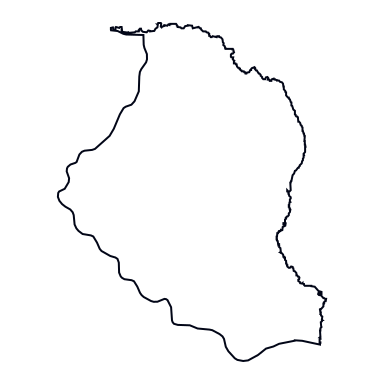 the district of Cabrera, María Trinidad Sánchez, Dominican Republic
{"feature_id": "3306468B70752003572919", "entity_name": "Cabrera", "entity_type": "district", "adm_level": 2, "iso_a3": "DOM", "parent_name": "Dominican Republic", "parent_adm1": "María Trinidad Sánchez", "projection": "robinson", "projection_center": [-69.932, 19.577], "detail": "fine", "context": "isolated", "style": "outline", "palette": "ink", "viewbox_px": 384, "rotation_deg": 0, "n_neighbors": 0, "source": "geoboundaries", "source_scale": "gbopen_adm2", "svg_char_len": 5884}
<svg xmlns="http://www.w3.org/2000/svg" viewBox="0 0 384 384"><path d="M302.2,340.8L320.0,344.6L320.0,342.8L320.4,342.8L320.4,342.4L319.6,342.4L319.6,339.3L320.4,338.9L320.0,338.4L320.4,338.0L320.4,337.1L320.0,337.1L320.4,336.7L320.0,330.5L320.4,330.5L320.4,328.3L321.5,327.0L321.2,326.6L320.8,322.2L321.9,321.3L321.9,320.0L322.3,320.0L321.9,319.6L322.3,316.5L321.1,315.6L320.8,313.9L320.4,313.9L320.8,312.5L320.4,312.5L320.0,309.9L320.4,309.9L320.4,309.0L321.1,309.0L323.4,306.4L323.4,303.8L323.8,303.8L323.8,302.9L324.2,302.9L324.2,302.0L325.0,301.1L325.7,301.1L326.1,298.9L325.0,298.9L324.2,298.1L323.4,298.1L321.1,295.4L318.9,295.0L318.1,294.1L318.5,292.8L319.2,292.4L320.0,293.2L321.5,293.7L321.5,291.9L318.5,291.0L314.7,286.7L311.3,286.2L311.3,285.8L304.8,285.8L304.0,284.9L304.0,284.0L302.5,283.6L302.5,283.2L302.1,283.6L300.2,283.2L300.2,282.3L298.3,281.0L298.3,279.6L299.1,279.2L299.4,277.5L298.7,276.6L297.9,276.6L297.2,275.3L296.4,275.3L296.4,273.1L294.9,271.3L293.7,270.9L293.3,268.2L292.6,267.8L292.6,266.9L291.1,266.5L289.9,267.8L288.8,267.8L287.3,266.5L287.3,265.2L286.9,265.2L286.5,263.4L286.1,263.4L286.1,260.8L285.0,259.9L285.0,257.7L284.2,257.7L284.2,256.8L283.4,256.8L283.1,254.6L281.5,252.9L280.8,252.9L280.8,252.0L280.4,252.0L280.8,251.6L280.4,248.1L279.2,247.2L279.2,245.4L278.5,245.4L278.9,244.1L278.1,244.1L277.7,241.0L277.0,240.6L277.0,239.3L276.6,239.3L276.6,236.7L277.0,236.7L277.3,233.1L278.1,233.1L278.5,231.8L279.2,231.8L279.2,231.0L280.4,231.0L280.8,230.1L281.2,230.5L282.3,230.1L282.7,227.0L285.3,225.7L285.7,223.1L285.0,222.6L283.8,224.4L283.4,224.4L283.4,223.1L284.2,223.1L285.0,222.2L285.0,219.6L285.7,219.1L285.7,218.2L286.1,218.2L286.1,217.4L286.9,216.5L287.6,216.5L288.8,215.2L288.8,213.4L289.9,212.1L290.3,209.9L289.9,209.9L289.9,208.6L289.5,208.6L289.2,206.8L288.8,206.8L288.8,205.1L289.2,205.1L289.5,202.4L290.3,202.0L289.9,201.6L289.9,199.4L290.7,198.5L290.7,197.2L289.2,195.9L288.8,193.7L288.4,193.7L288.4,191.9L287.2,191.5L287.2,190.2L288.4,191.5L289.5,191.5L290.7,190.2L290.3,182.7L290.7,182.7L291.1,181.0L291.4,181.0L292.6,175.2L294.1,173.5L294.9,170.9L296.0,170.4L297.9,167.8L298.7,167.8L299.1,166.5L299.8,166.0L299.8,165.2L301.7,163.4L302.1,161.2L302.9,160.3L302.9,158.6L303.6,157.7L303.6,155.1L304.0,155.1L303.6,153.8L305.1,152.0L305.1,146.7L305.5,146.7L305.1,144.5L304.8,144.5L304.8,141.0L304.4,141.0L304.8,136.2L304.4,136.2L304.0,133.6L303.6,133.6L302.9,130.9L302.5,130.9L302.5,127.4L301.7,126.6L301.7,125.7L300.6,124.8L300.2,123.0L299.1,121.7L298.3,121.7L297.9,117.3L297.2,116.5L296.4,116.5L295.6,115.6L295.6,114.7L294.9,114.3L294.9,110.8L293.3,109.5L292.2,105.9L291.4,105.5L291.4,102.4L290.7,102.0L289.9,99.4L289.1,98.9L288.8,97.6L288.0,97.6L286.1,95.4L286.1,92.3L285.3,91.9L285.3,91.0L283.8,89.3L283.8,86.6L283.4,86.6L283.0,83.6L281.9,82.3L280.0,81.8L278.9,80.5L277.0,80.5L277.0,80.1L274.7,79.6L274.7,79.2L273.5,79.2L273.5,78.7L272.0,79.2L271.3,80.1L271.3,80.9L269.7,80.9L269.3,79.6L267.8,79.6L268.2,77.9L267.4,77.0L265.9,77.4L265.2,79.2L263.3,79.2L262.1,77.9L262.1,77.0L260.6,75.7L260.6,74.8L259.4,73.5L258.7,73.5L256.8,70.4L256.0,70.4L255.3,69.5L255.3,68.7L254.9,68.7L254.9,67.8L254.1,67.8L254.1,67.3L251.8,68.2L251.1,69.1L251.1,70.0L250.3,70.0L249.2,72.2L246.9,72.6L246.5,73.5L245.4,73.5L245.0,72.2L244.2,72.2L243.8,71.3L241.9,71.3L241.5,70.4L240.8,70.4L240.0,69.5L240.0,68.7L239.3,68.7L238.9,67.8L238.1,67.8L237.0,66.5L236.6,64.3L235.8,64.3L235.5,63.4L233.9,63.4L233.9,61.2L234.3,60.8L232.8,59.4L233.2,57.3L231.3,57.3L230.9,56.8L230.9,54.6L231.6,53.7L232.8,53.7L233.5,52.9L233.5,52.0L233.9,52.0L233.2,49.4L232.4,49.4L232.4,48.9L225.9,48.9L225.9,48.5L225.2,48.5L224.8,46.3L223.3,45.0L223.7,43.2L222.9,42.3L222.5,39.3L221.0,37.5L219.5,37.1L219.1,36.2L217.6,36.2L217.6,36.6L216.4,36.6L216.4,37.1L212.6,36.2L211.8,37.1L210.7,37.1L209.9,35.8L209.2,35.8L209.2,34.0L208.8,34.0L208.4,32.7L206.5,32.3L205.8,31.4L203.1,31.4L201.2,29.6L200.8,28.3L200.0,28.3L199.3,27.4L198.1,27.4L198.1,27.0L192.8,28.3L192.1,25.7L187.9,25.2L187.9,25.7L185.2,26.1L183.7,28.3L181.4,28.3L180.6,27.4L177.6,27.0L177.6,26.1L176.8,25.7L176.8,24.8L176.1,23.9L170.3,23.9L170.3,24.4L169.2,24.4L169.2,24.8L168.4,24.4L167.3,25.7L164.6,25.2L164.6,25.7L163.9,25.7L163.9,26.1L162.3,26.6L161.6,27.4L160.8,26.6L161.2,23.5L160.8,23.0L158.2,23.0L157.8,24.4L157.4,24.4L157.8,24.8L157.4,27.4L155.5,28.7L154.3,30.9L150.2,31.4L150.2,30.9L148.3,30.5L146.7,32.3L142.9,31.8L141.4,30.5L141.0,28.7L139.9,28.7L139.1,29.6L139.1,30.5L138.7,30.5L138.7,31.4L135.7,31.4L134.9,32.3L130.4,32.7L130.4,33.1L128.1,32.7L128.1,32.3L125.8,32.7L125.8,32.3L122.0,31.8L121.6,31.4L121.6,30.1L122.0,30.1L121.6,27.0L120.1,27.0L119.3,27.9L115.9,27.0L115.5,27.4L115.5,30.1L113.6,30.1L112.9,27.4L110.9,27.9L110.9,30.1L110.2,30.2L117.6,31.0L123.3,33.8L126.2,34.5L143.4,35.0L143.7,44.8L144.4,47.9L146.9,54.1L147.0,59.3L146.1,62.3L141.3,69.1L139.9,72.0L139.3,76.5L138.8,91.4L134.5,101.3L131.4,104.7L125.7,106.7L123.6,108.1L119.9,114.3L113.8,128.8L109.6,135.9L95.0,148.9L92.1,149.9L84.5,150.7L81.9,151.8L79.4,154.5L76.6,162.0L75.3,162.9L70.5,164.5L67.8,166.8L67.0,168.4L66.7,171.4L69.1,178.2L68.7,182.1L64.7,188.8L59.1,191.5L58.2,193.0L57.9,196.9L59.4,200.8L62.1,204.1L65.4,206.7L70.3,209.5L72.7,212.3L73.7,215.1L74.6,224.5L76.4,228.4L78.5,230.9L82.6,234.0L90.9,235.4L93.3,236.5L97.0,242.6L99.7,248.8L101.5,251.0L110.3,256.0L115.4,257.5L117.5,258.9L118.8,262.6L119.1,272.6L120.7,276.4L122.0,277.8L124.4,279.2L131.6,280.2L134.0,281.3L137.3,286.6L140.0,292.8L141.6,295.1L143.7,297.0L151.0,301.0L153.7,301.8L157.5,301.7L164.4,298.9L166.0,299.1L167.5,300.1L171.1,307.2L172.0,320.4L172.7,322.3L174.0,323.8L177.8,324.9L189.8,325.3L197.6,328.5L209.5,329.6L212.3,330.2L219.6,334.1L222.5,336.4L224.0,338.9L225.8,346.8L228.4,351.3L234.8,358.3L237.4,359.9L243.2,361.0L248.1,360.4L258.0,355.0L266.0,348.6L273.4,346.5L279.1,343.8L294.8,340.7L294.8,340.3L302.2,340.8Z" fill="none" stroke="#020617" stroke-width="2"/></svg>